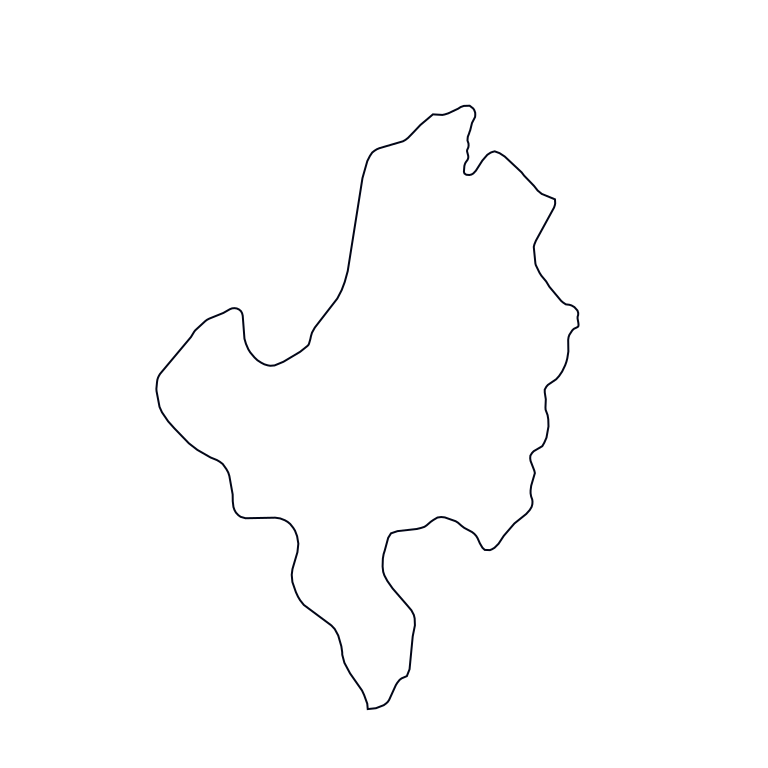 the Department of San Martín, rotated 214°
{"feature_id": "PER-582", "entity_name": "San Martín", "entity_type": "Department", "adm_level": 1, "iso_a3": "PER", "parent_name": "Peru", "parent_adm1": "", "projection": "orthographic", "projection_center": [-76.762, -7.06], "detail": "fine", "context": "isolated", "style": "outline", "palette": "ink", "viewbox_px": 768, "rotation_deg": 214, "n_neighbors": 0, "source": "natural_earth", "source_scale": "10m", "svg_char_len": 3610}
<svg xmlns="http://www.w3.org/2000/svg" viewBox="0 0 768 768"><g transform="rotate(214 384 384)"><path d="M215.7,105.4L219.1,109.6L226.5,115.0L230.8,117.6L250.3,125.1L260.9,130.7L267.2,136.2L268.7,138.3L272.7,142.7L281.3,149.9L287.8,153.3L292.6,154.4L326.9,156.0L332.6,157.8L336.4,159.6L340.7,162.2L349.2,168.6L353.8,174.2L356.4,179.4L361.7,196.1L365.7,203.7L370.9,209.2L375.7,212.6L378.8,214.0L383.5,215.5L386.8,215.8L390.0,215.6L394.9,214.5L399.5,212.3L423.7,195.3L428.6,193.7L431.4,193.8L434.9,194.6L437.6,196.0L440.0,197.8L443.8,202.2L447.7,207.8L460.8,221.3L463.6,223.5L467.1,225.3L473.0,227.5L476.7,227.7L480.0,227.5L486.7,226.1L501.9,225.0L512.6,225.7L532.9,230.0L542.0,232.3L552.3,236.4L557.3,239.5L568.6,250.9L570.0,252.7L573.2,258.6L574.3,260.9L574.9,263.0L575.2,265.1L575.3,267.2L570.3,315.0L570.6,321.2L570.5,322.9L567.3,336.3L566.6,338.3L565.4,340.5L556.9,353.1L553.6,359.8L552.3,361.7L550.5,363.2L548.3,364.3L545.8,364.7L543.3,364.4L541.2,363.3L539.3,361.6L525.0,343.5L520.9,340.1L515.9,336.9L512.6,335.4L506.3,333.6L502.2,332.9L497.7,333.0L494.2,333.4L490.7,334.5L488.5,335.5L485.1,338.2L479.8,346.2L471.5,363.9L468.7,372.9L468.5,374.3L468.7,375.5L470.2,380.1L471.3,382.8L472.4,386.3L472.9,392.1L470.5,428.7L471.6,438.2L473.6,446.6L477.2,457.3L517.0,542.7L522.5,559.5L523.2,565.2L523.2,569.3L522.3,572.1L521.2,574.6L519.7,576.9L504.0,595.8L502.7,598.4L501.7,601.5L500.2,609.8L498.7,619.0L494.2,634.9L486.1,639.7L484.4,641.4L482.1,644.3L476.5,653.7L475.3,656.5L473.3,659.2L468.6,662.6L464.1,662.3L462.4,661.6L460.1,659.9L458.8,658.1L457.8,656.3L457.0,649.6L454.4,642.5L454.0,640.7L453.5,639.1L452.8,635.9L451.9,634.2L450.9,632.5L448.5,630.7L447.2,629.0L446.4,627.3L445.9,624.5L445.5,623.7L445.1,623.2L441.6,620.1L440.6,618.6L440.1,616.8L440.2,613.2L439.9,611.5L439.3,609.7L436.4,604.6L435.0,603.5L432.8,603.5L430.1,605.0L428.6,606.6L427.7,608.5L427.1,612.2L427.4,624.3L426.5,631.8L425.0,635.4L423.8,637.1L422.3,638.8L417.3,640.0L411.1,640.1L388.2,636.4L384.4,635.1L370.4,632.1L364.8,630.3L359.5,629.8L345.5,632.7L343.1,629.5L342.4,627.9L341.7,625.4L338.2,587.8L337.4,583.9L336.5,581.4L325.9,568.6L324.7,567.5L317.3,563.2L314.1,561.8L306.9,559.7L301.3,557.1L283.7,552.0L281.2,551.7L277.8,551.7L274.7,553.3L272.4,554.0L269.1,554.2L264.7,553.1L262.7,551.5L261.6,549.7L261.1,548.0L260.1,546.5L257.1,543.4L256.0,542.1L255.3,540.9L255.2,540.3L255.3,539.7L255.9,538.5L257.3,536.2L257.6,535.3L257.9,533.7L257.8,528.4L257.2,526.1L256.0,523.6L249.3,514.0L246.4,507.8L245.2,504.4L244.3,500.9L243.3,494.0L243.3,488.5L243.9,484.2L247.6,475.0L247.9,472.6L247.6,469.2L246.0,466.9L241.3,461.8L237.0,454.8L235.6,453.0L231.0,449.7L228.0,446.5L223.9,440.8L219.3,430.4L218.3,425.0L218.0,421.0L222.3,412.0L222.7,409.6L222.6,406.5L221.3,404.2L219.5,402.2L210.9,396.2L209.1,394.5L205.1,382.0L203.0,377.8L201.4,375.4L199.2,373.1L196.5,371.1L195.1,369.5L193.8,367.3L192.9,364.7L192.7,361.0L193.4,355.8L197.9,341.3L199.8,325.1L199.7,315.6L200.8,310.0L202.1,307.3L203.3,305.5L207.7,302.8L210.8,303.3L215.4,305.5L220.2,308.5L222.6,309.6L225.4,310.3L228.2,310.5L237.0,309.6L240.5,309.8L245.1,310.4L247.9,310.3L259.0,307.4L262.2,305.7L265.0,303.2L267.0,299.0L268.2,295.9L269.6,290.7L270.6,288.2L272.7,285.5L275.9,282.0L290.5,269.6L294.7,264.1L294.5,258.8L290.2,246.2L289.2,242.8L287.3,238.6L283.1,231.9L279.6,227.8L276.6,225.5L271.1,222.6L262.5,219.3L241.4,213.6L234.7,211.7L230.1,209.2L227.5,206.8L223.4,201.2L219.1,190.9L203.3,161.8L201.7,154.6L204.8,149.8L205.6,147.5L205.9,143.8L205.8,141.0L203.1,125.0L203.1,122.6L203.6,120.4L204.6,117.6L209.4,110.7L215.7,105.4Z" fill="none" stroke="#020617" stroke-width="2"/></g></svg>